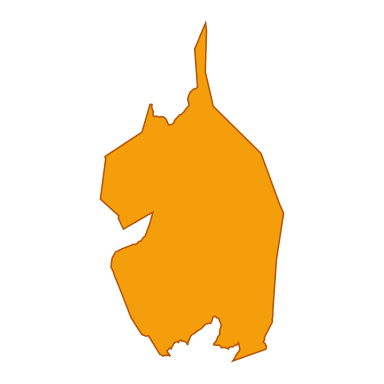 the district of San Juan Mixtepec -Dto. 08 -, Oaxaca, Mexico
{"feature_id": "50627088B120983506636", "entity_name": "San Juan Mixtepec -Dto. 08 -", "entity_type": "district", "adm_level": 2, "iso_a3": "MEX", "parent_name": "Mexico", "parent_adm1": "Oaxaca", "projection": "equal_earth", "projection_center": [-97.864, 17.366], "detail": "fine", "context": "isolated", "style": "filled", "palette": "amber", "viewbox_px": 384, "rotation_deg": 0, "n_neighbors": 0, "source": "geoboundaries", "source_scale": "gbopen_adm2", "svg_char_len": 3826}
<svg xmlns="http://www.w3.org/2000/svg" viewBox="0 0 384 384"><path d="M232.7,361.0L265.9,349.2L265.9,348.6L266.2,347.5L266.4,346.3L265.9,345.3L265.5,344.9L265.2,343.7L264.2,342.7L263.5,342.6L263.2,342.0L263.5,341.3L264.1,340.7L264.5,340.0L264.7,339.0L264.6,338.3L264.4,337.4L266.4,333.6L272.3,322.0L272.2,319.6L272.7,317.0L272.9,309.8L275.5,273.1L276.4,259.8L283.6,213.2L279.5,204.0L261.0,153.4L251.5,144.0L217.8,110.8L213.3,106.4L205.3,71.8L206.5,30.7L205.6,23.0L200.2,35.6L197.4,42.8L194.7,48.7L197.5,87.0L196.1,88.5L193.6,89.1L191.9,90.6L190.4,91.9L189.0,94.6L188.2,97.1L187.7,99.7L188.5,102.3L188.9,104.3L189.1,105.5L187.5,107.0L185.7,109.3L184.2,111.5L182.8,112.8L181.6,114.5L179.6,114.8L178.2,116.5L176.4,118.4L174.6,120.3L173.9,122.7L172.4,124.0L170.7,124.7L168.8,124.9L167.7,123.0L166.8,120.6L165.7,118.7L163.7,117.0L161.4,116.6L159.2,117.4L157.6,116.3L155.8,116.2L154.8,116.3L153.8,116.5L152.9,114.4L153.4,111.8L152.4,109.8L151.7,107.1L152.1,104.5L150.4,104.3L150.1,104.4L150.2,104.7L149.7,105.2L149.6,105.6L149.7,106.0L149.5,106.3L142.0,132.1L105.2,156.3L105.1,157.8L105.6,158.1L105.7,159.1L105.5,160.2L100.4,199.1L100.5,199.2L107.5,205.6L118.8,215.8L118.2,218.0L123.4,229.1L152.9,212.1L150.4,221.3L149.2,225.2L145.3,235.6L145.0,236.3L143.4,237.3L142.2,239.1L141.0,241.0L139.0,241.4L136.7,243.7L134.8,244.6L133.0,244.2L131.4,245.2L126.5,247.1L122.5,248.6L115.2,252.2L112.0,258.5L110.9,267.2L112.9,270.7L114.8,276.5L118.3,284.9L122.8,296.3L123.9,299.2L124.2,300.1L125.7,303.8L127.8,309.2L128.4,310.8L131.1,317.7L135.4,324.5L139.7,331.3L140.5,332.5L141.2,333.6L141.3,333.8L142.4,334.7L143.6,335.2L145.4,336.0L147.4,336.0L148.5,335.8L158.9,352.8L160.0,354.5L160.4,354.6L161.0,354.7L161.6,355.0L162.4,355.7L163.1,356.2L163.4,355.7L164.4,355.5L165.0,355.5L165.6,355.3L166.4,355.3L166.5,355.4L166.9,355.5L167.3,355.2L167.6,355.0L167.8,355.1L168.0,355.0L168.4,355.2L168.5,355.2L168.7,355.3L168.8,355.4L169.0,355.6L169.3,355.8L169.5,355.9L169.6,355.7L169.5,355.4L169.9,355.4L170.1,355.4L170.0,355.2L169.9,355.1L169.6,355.0L169.3,354.8L169.2,354.5L168.9,353.6L168.6,353.1L168.3,353.2L168.0,353.2L167.6,352.7L167.2,352.1L167.0,351.5L166.8,351.1L167.4,350.4L168.1,350.0L169.0,349.0L169.5,348.1L169.9,347.7L170.5,348.1L170.9,348.6L171.2,349.0L171.6,348.4L171.6,347.2L172.5,346.1L173.0,345.2L173.4,344.3L173.8,343.5L175.1,342.5L176.7,341.7L177.6,341.9L178.5,342.5L179.1,341.6L179.5,340.8L180.1,340.2L180.7,340.1L181.2,340.1L181.4,340.9L183.1,341.2L184.4,341.4L185.7,342.0L186.3,342.7L186.9,343.3L187.1,343.9L187.3,344.4L187.8,344.5L188.0,343.9L188.0,342.7L188.3,341.6L188.4,341.0L188.9,340.6L189.3,339.9L189.5,338.7L189.9,337.8L190.3,337.0L190.9,336.0L191.1,335.6L192.6,334.3L194.3,333.6L195.5,332.6L196.4,331.7L197.2,331.0L198.3,330.4L199.2,329.9L199.8,329.6L200.3,329.2L201.1,328.8L201.7,328.2L203.4,326.5L205.0,324.6L206.6,323.8L208.8,323.5L210.8,323.2L211.9,320.8L212.5,318.6L213.0,317.7L213.5,316.8L215.5,316.2L216.7,317.8L218.5,318.2L219.2,320.2L220.7,323.2L221.2,325.9L220.3,328.4L219.7,330.9L219.7,333.3L219.7,333.6L219.8,334.5L219.0,335.3L218.6,335.8L217.8,336.9L217.3,337.9L217.0,338.7L216.6,340.1L215.8,341.6L214.9,342.5L214.1,343.4L213.6,344.2L213.9,344.8L214.3,344.8L215.1,345.1L216.2,345.4L217.7,345.1L218.5,345.1L219.3,345.0L220.1,345.8L220.9,346.9L221.3,347.7L222.7,347.7L224.2,347.5L225.0,347.7L225.7,347.9L226.2,348.2L227.2,348.3L227.7,348.4L227.9,348.7L228.3,349.0L228.7,348.0L228.9,347.6L229.6,347.6L230.1,346.9L230.8,346.6L231.7,346.9L232.7,347.0L233.6,346.2L234.1,345.7L234.9,345.2L235.7,345.2L236.6,345.2L237.2,344.6L238.0,343.3L238.4,342.7L238.7,343.5L239.1,345.2L239.3,346.1L239.3,346.7L239.6,347.4L239.6,348.4L239.6,349.5L239.5,350.4L239.0,351.4L238.1,352.3L237.7,352.6L237.0,353.8L236.5,354.7L235.9,355.3L235.5,356.3L235.3,357.1L232.7,361.0Z" fill="#f59e0b" stroke="#b45309" stroke-width="1.5"/></svg>